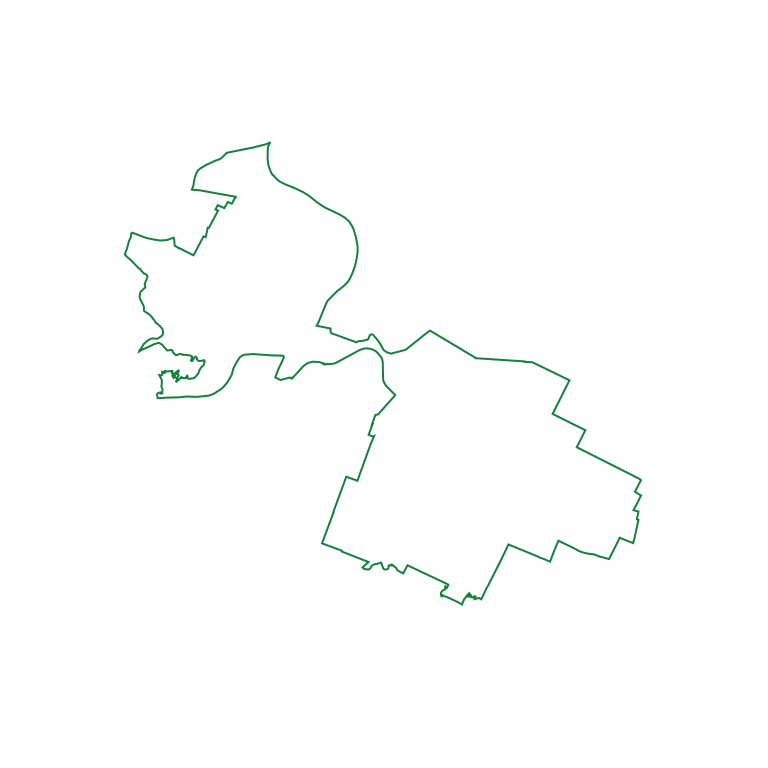 outline of Bertestii De Jos, Braila, Romania, rotated 203°
{"feature_id": "2599482B54803043884513", "entity_name": "Bertestii De Jos", "entity_type": "district", "adm_level": 2, "iso_a3": "ROU", "parent_name": "Romania", "parent_adm1": "Braila", "projection": "natural_earth1", "projection_center": [27.835, 44.83], "detail": "fine", "context": "isolated", "style": "outline", "palette": "green", "viewbox_px": 768, "rotation_deg": 203, "n_neighbors": 0, "source": "geoboundaries", "source_scale": "gbopen_adm2", "svg_char_len": 6149}
<svg xmlns="http://www.w3.org/2000/svg" viewBox="0 0 768 768"><g transform="rotate(203 384 384)"><path d="M362.4,451.1L362.8,450.9L366.5,444.3L377.4,424.0L389.5,414.6L390.7,414.6L393.8,414.3L397.2,415.0L398.6,415.8L403.0,419.4L408.7,422.8L413.2,425.0L413.9,425.1L415.0,424.8L416.0,423.6L416.2,422.2L415.9,419.8L416.5,418.4L421.1,415.0L424.4,413.3L425.3,412.4L425.7,411.6L451.9,410.2L452.8,410.4L453.6,411.4L454.1,412.1L454.8,414.2L468.8,411.3L468.4,416.1L468.7,435.4L468.4,438.7L463.4,451.2L459.4,458.4L457.8,462.2L457.0,464.8L456.6,468.0L456.4,471.2L456.5,476.7L456.8,481.2L458.3,489.2L459.8,495.0L462.2,500.6L467.3,508.3L472.1,514.1L474.9,516.7L479.1,519.7L484.8,521.8L491.5,522.7L505.7,523.3L509.0,523.6L517.0,525.2L527.0,528.0L533.3,529.0L542.6,529.4L552.2,529.2L558.6,529.5L562.4,530.5L567.2,532.8L567.9,532.7L570.2,534.2L574.2,538.3L575.9,540.3L579.1,545.7L583.0,555.4L583.4,557.4L583.4,558.7L583.3,561.0L582.9,562.1L587.3,557.7L588.7,556.8L596.4,550.9L619.1,535.4L621.8,528.8L622.9,526.9L626.2,524.0L632.6,517.0L637.2,510.9L638.8,507.7L639.1,504.7L639.0,502.9L638.4,497.6L637.0,492.3L636.7,487.8L629.3,490.3L593.6,498.4L594.6,490.5L598.9,490.6L599.7,483.5L606.9,483.7L607.3,478.8L604.5,478.8L606.2,459.3L607.3,459.0L605.5,449.5L607.8,449.4L609.6,428.0L620.5,428.7L621.3,428.9L625.7,429.1L625.9,428.7L627.6,429.2L630.4,429.4L631.3,430.5L632.6,433.3L634.8,436.5L640.2,431.6L646.2,428.6L653.8,426.7L658.6,425.8L662.2,425.4L674.7,425.0L675.0,423.9L675.5,423.7L674.5,420.2L674.6,415.7L673.5,408.0L673.3,402.1L670.8,400.9L665.1,399.0L656.0,395.1L652.7,394.4L652.2,393.6L648.5,392.1L647.9,391.8L646.3,392.0L644.7,391.6L644.0,391.0L643.5,389.6L643.4,383.2L643.1,382.0L641.8,380.5L641.5,379.7L643.7,374.7L644.1,373.0L643.2,369.1L642.2,367.5L636.0,362.1L634.8,360.5L633.8,357.9L633.1,357.3L628.1,356.6L624.7,355.4L620.4,352.9L617.9,351.1L615.0,350.6L611.3,349.0L609.8,348.2L608.8,347.1L607.9,345.8L607.1,343.8L607.2,341.9L607.7,340.8L609.6,338.1L611.0,336.8L614.5,335.7L615.6,335.0L616.3,334.5L619.1,330.8L620.8,326.8L621.2,323.5L622.2,319.0L622.1,318.2L620.1,321.1L616.3,325.0L611.2,330.8L608.1,333.4L606.8,333.9L603.6,333.5L596.7,330.1L593.7,331.9L592.9,332.3L592.3,332.3L591.8,332.0L590.9,330.9L588.1,329.6L586.9,329.3L585.5,330.0L583.9,331.9L582.5,332.3L580.9,332.3L580.1,332.6L579.3,332.6L578.1,333.4L573.5,334.5L572.0,334.5L571.2,334.1L570.9,331.9L570.9,330.3L570.3,329.9L569.3,330.5L569.2,333.0L568.5,335.3L568.3,335.5L567.2,335.4L566.3,334.7L565.6,333.5L564.0,332.9L563.2,332.9L562.5,333.2L560.3,334.5L559.1,335.6L558.6,335.5L557.9,334.7L558.0,333.9L557.5,333.0L557.4,331.4L558.9,327.3L559.3,324.9L559.1,321.4L559.8,318.5L561.0,315.4L561.8,314.9L562.0,314.6L563.4,313.9L564.4,312.9L566.3,312.5L567.2,312.5L567.8,314.4L568.4,314.7L568.8,313.7L568.8,312.5L569.1,311.8L571.7,310.8L572.2,310.7L572.7,311.2L573.3,311.1L573.8,309.4L574.5,308.8L574.7,307.2L575.3,306.6L576.0,305.0L576.4,305.1L576.5,305.5L576.1,307.9L577.2,308.1L577.6,308.5L576.7,309.7L576.3,311.5L577.1,312.5L578.9,312.1L579.2,312.4L578.1,313.5L578.0,315.5L578.1,316.1L578.5,316.2L579.0,315.1L579.9,314.0L580.8,311.6L581.2,311.3L581.4,310.7L581.2,309.5L580.9,309.3L580.2,309.3L580.3,310.1L579.6,310.0L579.5,309.7L579.7,309.3L580.3,308.7L580.3,308.2L579.7,308.0L579.6,307.7L579.8,307.4L580.6,308.1L581.5,308.3L581.8,308.7L581.8,309.2L582.1,309.1L582.2,309.4L582.2,310.5L583.0,311.4L583.5,311.3L583.5,312.8L583.9,313.4L585.5,312.4L588.7,310.8L591.0,310.3L591.1,310.0L591.0,309.6L589.9,309.3L590.3,308.4L590.6,308.4L590.9,308.6L591.3,308.5L593.0,308.6L592.8,307.8L591.9,306.9L591.9,305.3L592.3,304.9L594.4,304.5L589.7,300.4L589.4,299.0L588.5,297.1L588.1,295.0L585.9,292.7L585.5,291.9L585.0,289.5L584.4,288.8L586.0,287.9L586.4,288.6L585.0,289.5L585.2,290.4L585.3,289.8L585.9,289.2L587.8,288.0L588.6,287.2L589.0,285.8L586.8,282.5L578.3,286.7L567.2,291.8L560.5,295.5L552.3,298.6L550.2,299.6L541.0,304.7L538.7,306.6L536.2,309.4L532.6,314.7L531.3,317.2L530.5,319.0L529.0,323.7L527.8,332.6L528.7,339.4L528.2,346.3L527.7,349.6L527.2,351.9L526.3,353.7L525.2,355.3L524.0,356.4L516.5,360.3L498.8,366.4L488.8,370.3L488.0,370.5L487.3,370.3L486.5,369.3L487.0,356.2L486.7,347.6L480.9,347.2L473.7,352.8L472.8,353.2L471.3,352.8L470.9,354.1L470.5,353.9L465.3,368.7L464.1,370.9L462.5,373.2L460.7,374.9L458.4,376.6L453.4,378.5L451.2,379.0L448.3,379.3L448.5,378.9L447.4,378.5L445.5,379.1L445.5,379.8L442.0,381.0L438.5,382.9L436.5,384.7L419.4,406.1L416.8,408.4L414.8,409.6L412.8,410.4L409.6,411.2L407.4,411.3L403.9,410.8L402.2,410.2L396.9,407.4L395.6,406.3L393.8,403.9L386.7,388.1L386.1,387.1L384.5,385.4L382.8,384.1L379.9,382.5L369.3,378.2L377.6,353.6L379.8,352.2L379.3,341.9L378.8,342.3L378.3,331.2L373.8,331.3L372.8,332.3L372.8,323.8L370.7,284.6L382.5,283.9L380.6,246.1L380.3,246.1L378.8,213.1L357.7,214.1L357.5,213.3L328.7,214.1L332.1,206.8L329.6,205.9L328.6,206.4L326.1,207.0L324.6,208.6L324.5,210.7L323.9,212.5L323.0,213.7L317.5,217.8L317.1,218.5L316.0,217.7L312.9,214.2L311.6,213.5L310.4,213.7L308.4,214.9L308.0,215.6L308.0,216.3L308.4,218.1L308.8,218.7L308.1,219.2L306.2,219.9L306.5,220.7L306.0,220.8L301.2,219.5L299.1,218.0L298.0,217.6L292.5,217.1L292.3,217.2L291.5,226.3L246.7,224.5L246.3,224.2L246.5,220.8L246.9,220.6L247.8,221.5L248.5,221.7L248.4,220.7L247.4,219.2L247.6,218.6L248.7,217.5L249.8,215.9L249.9,213.4L248.9,212.1L248.6,211.3L247.6,211.3L247.6,212.4L237.9,212.4L231.5,212.1L226.1,211.5L226.1,217.1L224.8,222.5L223.8,224.8L223.6,224.7L224.4,220.9L222.8,221.3L222.3,223.7L221.1,223.5L220.7,221.9L219.1,222.0L217.8,224.1L216.7,224.0L216.8,222.6L216.3,222.5L216.4,221.6L213.9,223.5L212.7,224.2L210.4,223.8L209.9,232.9L210.0,234.6L209.4,239.2L207.5,268.0L206.7,284.9L175.3,285.3L171.4,285.1L168.9,285.4L161.7,285.3L162.2,297.3L162.2,307.9L143.0,306.9L139.0,306.4L134.9,306.7L130.0,307.5L125.0,309.1L121.1,309.4L119.0,309.2L118.7,309.4L108.4,310.8L106.9,334.5L92.5,334.9L93.3,340.5L96.7,358.4L98.4,358.3L99.9,366.0L105.0,365.4L104.2,374.6L104.1,378.8L103.8,381.7L110.9,382.9L109.9,395.8L110.8,396.3L113.3,396.6L181.9,401.1L180.6,420.1L217.1,422.3L214.7,459.9L256.0,462.0L263.3,459.3L263.5,459.7L309.9,443.5L310.1,443.9L362.4,451.1Z" fill="none" stroke="#15803d" stroke-width="2"/></g></svg>